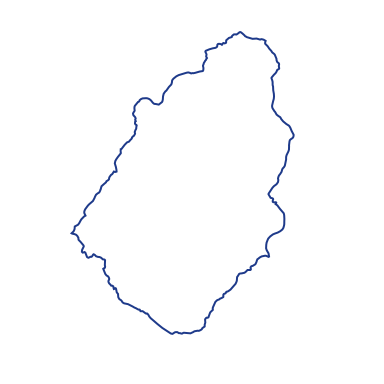 Quelicai, Baucau, East Timor (Albers equal-area conic projection), rotated 339°
{"feature_id": "22284137B85640858688348", "entity_name": "Quelicai", "entity_type": "district", "adm_level": 2, "iso_a3": "TLS", "parent_name": "East Timor", "parent_adm1": "Baucau", "projection": "albers", "projection_center": [126.562, -8.598], "detail": "fine", "context": "isolated", "style": "outline", "palette": "blue", "viewbox_px": 384, "rotation_deg": 339, "n_neighbors": 0, "source": "geoboundaries", "source_scale": "gbopen_adm2", "svg_char_len": 5943}
<svg xmlns="http://www.w3.org/2000/svg" viewBox="0 0 384 384"><g transform="rotate(339 192 192)"><path d="M314.9,77.3L313.5,75.5L312.3,74.6L311.4,74.1L310.2,74.1L307.3,71.9L303.4,70.7L298.6,67.0L298.0,66.1L297.6,65.8L297.3,65.2L297.2,64.7L295.9,62.1L294.8,60.3L294.2,59.9L293.1,60.0L292.5,60.3L290.1,60.9L289.6,60.8L288.9,60.3L287.5,59.9L285.7,60.5L285.1,60.9L284.6,61.6L281.7,61.4L278.4,62.6L278.0,63.2L277.5,64.5L277.2,64.9L275.8,65.0L274.8,64.2L274.1,64.3L273.6,64.6L273.2,65.1L272.7,65.3L272.2,64.5L270.9,63.6L269.8,63.2L269.1,63.2L268.4,63.7L267.8,64.9L267.4,65.4L266.0,65.8L265.4,65.8L262.8,65.3L259.4,65.0L255.5,65.1L254.9,65.5L254.7,66.4L254.9,67.8L254.8,68.9L253.8,70.5L253.8,71.1L254.0,72.3L252.8,73.1L252.5,73.6L251.3,74.2L250.8,74.7L249.3,75.8L248.3,77.2L247.7,77.7L247.4,78.4L247.2,79.9L247.0,80.6L246.3,82.1L245.7,82.8L245.2,82.9L242.3,82.3L237.7,81.9L235.9,81.6L234.8,81.1L233.7,81.0L232.6,79.9L231.3,79.0L229.7,78.7L221.5,78.1L218.8,78.4L215.4,79.5L214.1,80.2L213.4,80.8L212.4,82.7L211.2,84.2L208.2,85.6L204.3,88.2L203.2,88.5L200.8,90.1L199.2,92.4L197.9,95.2L196.8,96.8L196.2,97.3L192.3,98.5L189.6,96.8L188.7,96.4L188.1,95.9L187.4,94.6L186.6,92.0L186.0,90.8L185.3,89.8L184.1,88.7L182.9,88.0L179.4,86.9L177.6,87.0L176.1,87.5L175.5,88.2L174.5,88.7L173.9,88.6L169.5,91.1L168.9,91.8L168.3,93.0L167.6,95.5L167.2,95.9L166.0,96.7L165.1,97.5L164.8,99.0L164.9,99.6L165.6,101.3L165.8,102.1L165.7,103.3L165.1,103.8L164.8,104.3L164.9,105.7L164.2,105.9L163.9,106.4L163.3,107.7L163.5,108.8L164.1,109.4L164.2,110.0L163.3,111.4L162.7,112.7L162.3,113.2L161.5,113.8L160.0,115.5L159.8,117.0L159.4,117.5L157.9,118.7L156.9,118.9L155.5,119.6L155.1,120.3L154.2,120.9L153.3,121.2L151.2,122.4L149.1,122.4L146.1,123.8L141.5,126.6L140.8,126.5L140.0,128.3L139.5,130.2L139.0,130.6L135.4,132.7L132.9,134.4L131.6,135.5L130.2,137.6L129.9,141.5L129.4,144.2L128.9,145.9L128.0,145.9L127.3,145.7L126.4,144.9L124.0,146.7L122.4,147.1L120.3,148.5L119.7,149.2L119.1,150.3L118.5,150.7L117.6,151.0L116.0,151.3L115.2,152.1L114.5,152.4L113.0,152.9L109.6,154.2L108.3,155.9L108.0,156.5L107.5,156.8L106.9,157.7L105.6,158.9L104.5,159.4L103.7,159.4L101.5,160.1L99.8,161.6L98.7,162.8L96.3,164.9L91.6,166.6L89.9,167.4L86.3,169.7L85.1,170.8L84.2,172.1L83.9,173.2L84.1,175.9L82.4,176.2L79.0,177.8L77.8,178.7L75.5,180.7L73.9,181.7L70.2,182.2L69.1,184.5L68.1,185.6L67.2,186.4L64.8,187.4L65.3,188.0L67.2,189.2L68.5,190.4L69.2,192.0L69.5,194.0L69.1,195.3L69.0,196.0L69.2,196.6L70.0,198.4L71.6,203.1L71.4,204.1L68.8,206.5L68.1,207.6L67.8,208.4L68.2,209.4L69.2,209.6L70.0,209.5L70.7,210.3L70.7,215.0L71.1,215.7L71.8,216.3L74.2,216.1L75.0,216.5L75.9,216.1L77.3,215.0L77.9,214.9L78.8,216.1L79.4,217.6L80.8,218.8L82.4,219.6L83.6,220.8L84.6,222.9L85.8,223.5L86.2,223.9L86.4,224.5L84.4,229.1L84.2,230.4L83.6,231.4L82.7,231.8L82.2,231.7L81.6,231.9L81.7,237.5L82.3,239.3L83.4,240.7L83.7,242.0L83.6,243.5L83.1,244.2L82.4,244.7L81.9,245.6L81.8,246.2L81.9,247.6L82.7,249.4L83.0,250.5L84.1,251.0L84.7,251.9L84.3,254.0L84.3,254.6L85.0,254.6L85.6,254.2L86.2,254.4L86.4,255.1L85.8,258.7L86.4,260.7L85.5,263.6L85.5,264.3L85.8,266.0L86.9,267.5L87.3,268.4L87.4,269.2L87.7,270.3L88.7,271.6L92.1,273.8L95.7,277.8L96.7,279.1L98.2,280.6L99.3,282.0L100.0,282.7L100.9,283.0L101.1,283.5L101.2,284.8L102.1,285.2L102.9,285.4L103.3,285.7L105.1,288.5L105.7,289.2L106.3,289.2L106.7,289.5L107.2,290.8L107.5,293.0L108.2,295.0L112.4,302.8L115.6,308.3L121.5,316.5L122.8,317.4L123.3,317.4L125.4,316.9L126.2,316.9L127.5,317.3L128.1,317.6L129.2,319.1L130.3,319.5L130.7,319.9L131.8,320.6L132.5,320.6L133.2,320.4L134.0,320.5L139.9,323.4L143.0,323.2L144.3,322.9L147.5,323.5L148.2,323.9L149.1,324.1L151.0,323.9L152.0,323.6L152.9,322.8L155.6,322.1L156.3,320.4L157.6,318.7L158.5,315.8L158.8,315.4L160.0,314.7L160.8,314.6L161.5,315.0L162.4,314.9L165.5,311.3L166.1,310.8L169.2,309.5L169.7,307.9L170.1,307.3L174.4,303.0L176.0,302.3L176.8,302.0L179.1,302.0L179.9,301.6L181.6,301.6L183.5,301.3L184.0,300.4L184.2,299.7L184.5,299.1L185.2,298.6L186.9,298.6L187.4,298.3L188.0,297.7L188.6,297.5L189.5,297.7L190.7,297.5L193.0,296.9L199.8,293.3L201.5,291.6L202.1,290.8L203.6,287.6L205.4,286.4L206.4,285.5L207.5,285.3L209.3,285.8L212.1,286.2L213.5,285.8L215.9,284.7L218.5,285.7L219.1,285.5L219.4,284.9L219.4,284.1L219.7,283.3L220.8,282.6L222.4,282.7L225.1,282.2L225.6,281.9L227.3,280.2L228.0,279.2L229.0,278.2L229.7,278.1L231.8,277.4L233.9,277.1L237.0,277.6L237.7,277.8L238.5,278.3L240.2,280.0L240.8,279.9L241.4,277.0L241.4,276.3L240.9,273.3L241.0,271.1L242.4,267.9L243.5,266.0L245.3,264.0L246.5,262.8L249.1,261.5L252.3,260.6L254.3,260.5L257.5,260.6L260.4,260.2L262.9,259.4L264.5,258.2L265.9,256.3L266.6,255.1L267.6,252.6L268.6,250.2L269.7,246.8L269.9,245.8L270.0,244.7L268.0,239.1L266.9,235.1L265.7,233.2L266.8,232.3L266.6,231.6L265.2,231.2L264.1,230.5L263.9,230.0L264.3,229.0L265.2,227.8L265.2,227.2L264.7,226.6L263.3,225.6L262.6,221.6L262.9,221.0L268.6,216.9L270.6,215.9L273.5,215.1L274.4,214.6L275.9,213.5L276.9,211.7L277.1,210.3L277.4,209.8L278.3,208.6L279.2,207.7L280.6,206.9L282.8,205.3L284.1,203.5L285.0,202.6L286.7,201.8L288.1,200.7L291.5,195.4L292.3,193.3L292.7,192.6L293.6,191.4L296.5,188.7L297.7,187.2L299.1,183.9L299.3,183.2L301.1,179.8L301.9,178.7L303.0,178.2L305.1,177.7L306.0,177.2L306.6,176.5L307.1,175.7L307.4,174.9L306.9,170.7L306.8,167.1L306.5,165.5L306.2,164.7L304.4,162.3L302.4,158.7L301.4,155.7L301.3,154.3L301.1,153.7L299.8,151.9L298.7,150.0L298.3,147.1L297.8,145.8L297.6,144.5L297.3,143.3L297.2,142.1L297.5,140.6L297.9,139.8L300.2,136.4L301.7,134.4L302.8,132.2L303.6,129.7L304.3,126.1L305.5,122.5L305.6,121.1L306.7,118.1L306.9,116.7L307.0,114.1L307.3,113.7L310.5,111.9L312.6,111.0L314.1,109.9L314.8,109.1L315.5,108.5L316.9,108.4L317.6,108.0L317.9,107.0L318.2,105.5L319.0,104.2L319.2,103.5L319.1,102.8L318.3,101.5L318.1,100.6L318.2,99.1L318.6,97.9L318.5,93.5L318.2,92.6L316.9,90.4L316.6,88.7L315.5,85.9L314.9,83.1L313.5,79.9L313.6,79.2L314.1,78.3L314.9,77.3Z" fill="none" stroke="#1e3a8a" stroke-width="2"/></g></svg>